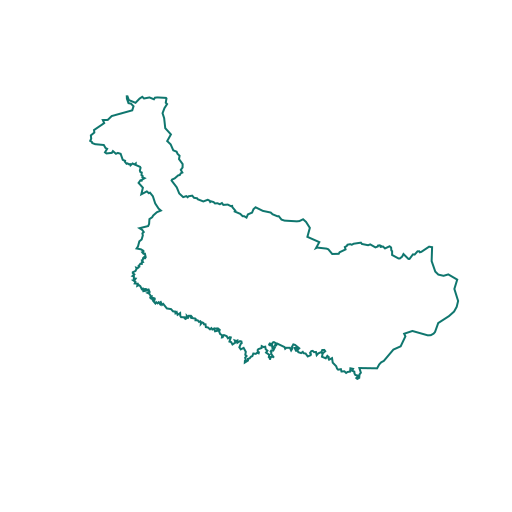 Amatepec, México, Mexico, rotated 207°
{"feature_id": "50627088B36685248092481", "entity_name": "Amatepec", "entity_type": "district", "adm_level": 2, "iso_a3": "MEX", "parent_name": "Mexico", "parent_adm1": "México", "projection": "orthographic", "projection_center": [-100.221, 18.699], "detail": "fine", "context": "isolated", "style": "outline", "palette": "teal", "viewbox_px": 512, "rotation_deg": 207, "n_neighbors": 0, "source": "geoboundaries", "source_scale": "gbopen_adm2", "svg_char_len": 6141}
<svg xmlns="http://www.w3.org/2000/svg" viewBox="0 0 512 512"><g transform="rotate(207 256 256)"><path d="M347.1,176.9L345.4,176.6L342.7,174.6L342.1,175.5L340.4,173.5L338.2,175.2L340.4,175.2L340.5,175.8L339.1,176.6L338.3,176.0L336.5,177.4L334.5,175.7L335.9,173.9L334.1,174.0L331.2,172.4L330.7,172.7L330.5,171.6L331.3,171.0L330.8,170.5L328.9,170.5L328.7,171.9L327.1,172.2L326.7,171.8L327.3,171.0L326.5,170.2L327.2,169.3L324.1,168.0L323.9,169.5L322.3,169.1L321.8,170.5L319.3,169.4L319.2,170.5L320.6,170.8L320.0,171.8L317.5,169.8L316.9,171.2L311.6,168.8L307.6,170.1L304.8,169.0L302.8,169.8L301.8,168.5L301.2,170.0L299.2,168.0L297.7,170.7L296.3,168.3L295.0,167.5L290.9,169.4L291.1,168.1L290.3,167.9L289.3,169.4L290.5,171.3L288.5,170.6L288.7,172.2L286.8,173.2L285.8,172.8L286.2,171.8L285.7,171.4L281.7,172.7L281.0,172.4L280.7,171.3L278.7,172.2L276.8,171.4L276.0,172.6L275.0,172.1L274.3,170.4L273.8,172.4L272.5,172.5L271.3,171.5L270.0,172.2L268.4,169.9L266.4,170.5L263.7,169.8L263.0,171.5L261.5,170.7L260.4,172.3L258.3,170.3L255.7,172.5L255.9,173.1L258.6,173.3L257.1,174.2L254.8,173.7L254.5,171.9L252.5,170.2L250.1,170.0L249.4,168.0L248.8,168.5L249.1,170.5L248.7,171.0L245.8,171.3L243.6,169.9L242.5,171.8L241.5,172.0L240.8,167.7L239.0,168.0L236.8,166.5L235.0,169.6L236.6,171.1L235.0,171.3L234.2,172.3L233.1,170.4L231.6,172.9L230.2,173.2L229.2,171.9L229.7,170.8L229.4,167.1L227.2,165.9L225.3,168.5L221.6,166.0L220.7,163.1L219.0,162.6L219.5,160.5L217.9,158.7L218.3,157.6L217.6,156.0L215.7,159.2L216.5,160.7L215.2,161.9L214.8,164.0L213.8,165.1L214.1,167.9L211.8,168.7L211.0,170.4L209.5,170.5L209.7,171.5L210.8,171.4L211.8,172.9L211.6,174.1L209.3,176.5L210.0,178.3L207.9,178.3L206.6,179.4L205.0,177.3L202.8,176.8L203.2,174.5L199.3,174.0L198.7,171.7L197.2,171.2L196.5,169.9L197.0,172.7L195.2,173.9L193.9,173.6L198.1,175.7L198.6,177.1L199.6,177.6L199.5,178.6L197.7,179.5L197.7,182.6L199.4,181.2L201.3,183.9L201.5,183.2L203.5,182.7L204.1,183.1L204.0,184.3L201.7,184.7L201.8,186.5L201.0,187.4L198.2,187.3L198.6,184.6L197.4,185.7L197.9,187.1L197.5,187.6L189.2,187.8L187.9,186.6L187.3,188.0L184.1,189.6L181.8,187.8L181.6,189.9L182.7,191.4L182.6,194.2L180.9,194.5L175.6,193.4L176.1,192.0L178.8,192.2L179.8,191.6L177.3,189.7L175.9,190.5L174.6,189.5L171.7,190.0L170.8,191.8L169.5,191.0L167.5,191.6L164.3,190.0L162.3,192.4L162.5,193.5L163.8,194.2L163.5,196.4L162.4,197.2L160.6,196.7L159.0,197.7L156.9,195.2L156.3,197.5L154.1,200.2L154.3,202.3L152.5,203.3L151.1,202.6L152.1,200.1L153.4,199.7L152.1,198.6L151.5,196.2L147.4,196.5L147.1,199.4L145.2,198.9L145.1,197.8L143.8,196.8L141.9,199.5L139.2,195.8L134.5,194.2L132.7,192.5L131.2,192.0L129.0,193.7L127.4,191.9L124.9,193.4L122.6,192.7L121.8,194.2L119.7,195.7L120.9,198.8L118.3,199.5L118.3,197.4L115.9,197.6L114.9,196.0L113.5,195.1L110.3,195.8L111.2,192.8L110.0,192.5L108.7,194.3L110.0,197.4L109.6,199.6L113.0,203.1L97.1,210.9L97.0,215.3L96.2,218.1L94.5,220.5L91.1,235.0L86.1,241.2L86.4,252.2L88.7,254.0L82.6,260.2L66.9,263.3L64.3,264.8L62.5,267.5L62.0,269.6L63.2,279.0L56.8,290.0L54.3,296.4L54.1,301.8L55.5,307.7L64.3,316.7L66.0,326.3L76.3,326.9L79.9,323.5L85.1,322.2L89.2,323.5L97.2,331.2L103.1,343.8L106.0,342.9L110.6,334.7L111.7,333.7L112.7,334.3L114.2,333.5L115.3,329.3L116.9,328.7L117.9,323.1L118.9,322.6L125.5,324.7L125.5,321.8L126.7,319.1L127.9,318.5L135.2,318.7L136.9,322.1L137.9,322.4L139.5,324.9L141.4,325.3L144.5,321.3L147.1,322.1L149.1,320.7L149.7,321.2L149.4,321.7L150.6,321.7L152.0,320.7L151.8,319.8L153.5,317.9L159.5,318.2L161.0,316.5L167.1,314.8L168.6,315.5L174.5,311.3L175.8,309.5L177.4,309.3L179.6,307.6L179.7,306.1L180.9,304.3L179.2,302.5L183.2,297.3L183.3,295.5L189.0,292.4L194.6,294.8L196.5,294.6L205.3,291.3L206.1,290.3L205.9,297.1L218.9,296.4L220.8,305.5L226.9,309.1L230.7,310.1L233.2,306.8L235.4,305.4L246.6,300.5L249.8,300.0L253.8,301.8L255.0,301.1L260.2,300.7L262.6,301.4L270.4,299.3L278.5,299.2L279.5,296.5L279.2,292.9L282.1,289.4L281.9,285.9L284.6,286.1L286.0,285.4L289.1,286.4L295.1,286.0L295.0,287.0L299.3,288.8L300.0,289.8L301.1,289.0L304.5,289.0L308.3,286.7L310.4,287.7L311.7,285.7L314.3,285.5L316.4,284.2L318.3,284.8L320.8,284.3L321.3,283.3L322.4,284.2L324.5,284.2L327.7,280.7L333.7,280.1L334.7,280.7L337.6,279.7L340.2,280.8L343.2,278.6L343.6,277.3L345.3,277.7L347.6,275.4L352.8,276.9L357.8,281.2L365.5,284.9L365.5,286.0L363.7,288.2L361.9,292.6L360.7,293.5L360.6,295.5L359.5,296.9L362.1,298.6L361.6,301.5L363.1,304.6L368.6,307.4L369.6,310.6L372.3,311.4L374.1,312.9L377.7,312.6L382.7,316.7L387.3,318.1L387.0,325.7L394.9,328.7L400.4,337.1L404.1,340.8L404.7,346.2L404.2,351.0L406.0,351.6L407.3,355.7L408.0,356.0L415.9,352.5L417.9,351.2L418.1,349.3L422.9,348.9L427.3,345.5L429.6,346.2L431.2,343.4L432.9,337.8L440.1,337.2L443.0,339.9L443.6,339.6L442.4,337.5L439.0,334.3L436.6,335.0L433.1,333.8L432.4,329.6L448.1,315.2L449.9,309.9L454.2,307.6L451.6,305.5L457.5,294.7L456.1,292.6L457.9,288.5L456.1,285.7L456.0,283.3L454.0,283.1L453.2,282.3L450.1,282.6L442.0,285.8L439.1,283.9L437.3,283.9L437.6,279.8L435.8,279.5L431.3,282.4L431.1,284.5L427.2,283.5L425.9,285.1L423.0,285.6L418.4,281.2L415.9,281.4L415.7,280.5L413.2,279.4L412.5,280.2L410.9,280.0L410.0,280.7L409.0,279.8L408.0,282.4L405.9,282.4L405.2,283.8L404.6,282.5L399.8,282.8L398.9,282.2L398.3,279.5L397.3,278.4L395.7,278.5L394.8,276.1L393.3,275.8L393.0,274.6L390.6,274.7L392.2,272.3L392.1,271.2L393.3,271.0L393.8,267.8L387.8,265.5L386.2,258.9L382.6,264.0L380.0,263.3L379.2,264.3L375.0,262.4L369.7,257.1L364.3,254.0L361.4,253.3L364.2,250.0L366.0,245.4L366.1,243.4L367.7,240.5L365.8,236.0L365.7,233.7L372.4,227.9L369.2,227.6L366.9,226.4L367.5,224.6L366.2,223.0L365.4,218.8L366.6,216.1L365.5,210.9L365.8,208.5L361.5,209.7L358.7,209.5L358.2,208.7L359.1,207.7L357.2,206.9L356.0,207.6L353.7,204.8L353.8,204.2L355.9,204.5L354.3,203.4L355.6,202.7L355.1,201.3L355.7,200.4L354.0,199.3L354.9,198.6L354.2,197.1L355.5,196.6L355.9,194.4L355.4,193.9L356.0,193.6L355.4,192.6L356.0,191.4L357.4,191.2L356.6,190.4L356.6,187.9L358.4,185.6L358.1,184.9L356.1,184.4L356.9,182.2L355.6,182.5L354.7,180.6L353.0,181.2L353.2,179.5L354.3,178.6L351.7,178.2L351.6,176.5L348.8,177.6L348.2,175.5L347.1,176.9Z" fill="none" stroke="#0f766e" stroke-width="2"/></g></svg>